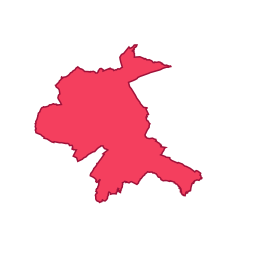 the district of Tataru, Prahova, Romania, rotated 204°
{"feature_id": "2599482B58674664864206", "entity_name": "Tataru", "entity_type": "district", "adm_level": 2, "iso_a3": "ROU", "parent_name": "Romania", "parent_adm1": "Prahova", "projection": "orthographic", "projection_center": [26.318, 45.099], "detail": "fine", "context": "isolated", "style": "filled", "palette": "rose", "viewbox_px": 256, "rotation_deg": 204, "n_neighbors": 0, "source": "geoboundaries", "source_scale": "gbopen_adm2", "svg_char_len": 5779}
<svg xmlns="http://www.w3.org/2000/svg" viewBox="0 0 256 256"><g transform="rotate(204 128 128)"><path d="M160.1,202.4L162.3,194.2L163.4,193.1L163.9,192.0L164.2,189.3L163.0,187.4L161.1,184.9L157.9,181.2L158.9,179.9L159.5,178.5L161.3,178.0L162.2,176.4L162.9,176.2L164.4,174.7L165.6,175.5L166.7,175.1L167.9,175.2L168.9,174.5L169.0,175.0L173.9,169.9L174.4,171.1L176.6,171.5L177.5,171.0L177.9,170.5L178.1,169.2L178.4,168.4L178.0,167.3L178.4,166.7L178.5,165.8L179.2,165.4L180.0,165.1L181.0,165.7L182.7,165.7L184.0,164.8L185.2,164.3L185.2,164.0L185.6,164.1L186.3,163.4L186.9,163.5L190.7,162.0L192.7,162.8L194.2,163.0L196.0,162.7L198.7,163.4L198.8,162.8L199.4,162.4L199.9,161.3L200.0,159.8L201.5,157.7L202.0,156.0L202.9,155.1L203.4,153.0L204.3,151.1L205.6,149.4L207.5,148.2L208.0,147.7L208.0,147.3L208.3,147.5L209.4,147.6L209.2,146.5L208.8,146.0L208.9,145.4L209.4,143.8L209.8,143.2L209.8,141.4L210.6,139.8L211.1,138.0L211.6,137.5L210.1,136.2L207.9,135.8L206.6,135.1L206.1,134.5L204.1,131.4L204.7,130.1L204.8,129.6L204.3,127.0L203.3,126.1L200.2,124.0L198.4,122.4L202.1,120.1L202.4,120.5L202.9,120.3L203.1,120.6L205.2,119.6L205.7,119.9L206.2,119.7L207.5,118.1L209.1,117.2L209.9,115.3L212.5,113.3L213.8,113.0L213.9,112.5L214.9,111.6L215.2,110.6L215.3,109.2L215.3,108.4L215.1,107.8L215.3,107.3L215.2,106.5L215.9,105.1L215.4,103.3L215.5,102.8L215.2,102.3L214.7,98.8L214.9,96.4L214.1,95.1L214.5,94.3L214.0,94.0L213.9,93.4L213.4,92.5L213.3,91.4L211.7,90.1L211.6,89.5L212.0,89.3L211.8,88.3L211.3,88.0L210.4,86.6L210.2,86.3L208.2,86.3L205.0,86.5L203.2,85.8L201.2,85.6L200.7,85.1L200.6,84.5L197.5,85.1L192.1,84.3L189.8,84.6L189.9,85.5L184.5,86.7L182.7,87.6L178.6,88.5L176.7,89.4L175.3,89.2L174.3,88.2L172.1,89.4L171.2,88.7L170.9,87.8L170.3,87.2L170.3,86.9L170.7,86.6L170.4,85.9L169.6,86.1L168.7,86.0L168.2,86.4L167.1,86.6L166.3,87.0L166.6,80.0L162.8,79.9L160.3,77.1L157.0,80.9L156.4,82.5L154.5,84.8L154.0,86.6L153.0,88.4L152.4,89.0L150.5,91.7L148.8,93.0L147.6,96.8L146.7,98.5L145.7,99.8L145.5,100.6L143.6,101.5L143.1,100.8L141.1,99.6L138.6,99.9L137.5,99.7L140.4,94.2L139.1,94.2L140.1,88.9L140.6,86.9L141.2,83.6L142.0,82.9L141.5,81.9L141.9,79.6L142.8,76.9L142.6,76.5L142.9,73.5L143.5,71.5L143.3,69.6L143.0,69.0L140.6,69.0L138.3,68.7L136.3,67.9L135.7,67.4L135.9,66.7L135.7,66.1L134.5,65.6L134.1,65.7L132.6,69.9L132.4,68.6L132.6,67.6L132.6,66.8L131.5,63.4L131.7,62.7L131.4,60.4L131.9,59.8L132.0,58.8L131.4,57.4L131.5,57.0L130.2,56.8L130.2,56.4L129.8,56.0L130.3,55.4L130.5,53.4L129.5,52.1L128.6,50.1L127.6,49.2L126.7,48.8L124.6,48.9L123.6,48.5L122.8,49.6L122.0,50.1L121.9,50.7L122.2,51.6L122.1,51.9L120.4,51.7L119.2,52.1L118.4,54.0L118.2,55.3L118.3,56.0L118.8,56.6L118.6,58.9L119.1,59.3L119.5,61.6L119.3,61.8L117.6,61.4L117.1,60.3L115.5,61.6L112.8,62.8L112.0,62.9L111.9,63.2L112.3,63.5L112.4,64.6L111.9,65.4L111.8,65.9L112.3,66.8L112.6,66.9L112.6,68.8L111.7,68.7L111.9,67.2L111.6,66.8L111.2,66.9L110.7,66.6L110.6,67.1L110.3,67.1L110.2,67.1L110.3,66.2L110.1,66.0L108.7,66.0L109.2,67.6L109.0,68.2L109.4,69.0L109.4,69.5L109.2,69.8L109.4,70.7L109.2,71.7L109.9,73.5L109.9,74.3L110.8,75.8L109.9,76.5L109.3,77.9L107.7,78.2L107.7,77.5L106.7,78.1L104.7,78.3L103.9,79.8L103.1,80.4L96.9,80.1L96.1,82.1L96.4,83.5L95.9,84.8L96.0,86.7L95.4,87.1L94.8,89.9L93.7,92.0L93.9,92.5L92.6,95.0L92.4,95.9L90.7,96.2L88.9,97.2L87.7,97.5L86.8,97.0L85.9,97.7L84.2,97.4L83.4,97.6L80.8,95.7L80.0,95.5L79.0,95.8L78.1,95.5L77.5,95.2L76.9,94.3L74.4,94.1L72.9,95.0L71.0,95.8L68.6,96.1L68.2,96.2L68.0,96.8L67.6,96.8L67.7,97.0L63.6,97.4L63.4,96.8L63.0,97.0L61.7,96.4L60.6,96.6L58.6,95.8L58.3,95.3L57.3,95.4L57.0,95.0L56.9,93.9L56.6,93.9L56.1,94.7L55.9,94.6L55.0,93.9L55.1,93.6L54.7,93.5L54.4,93.1L54.9,92.8L54.2,92.2L54.5,91.8L54.2,91.1L53.9,91.2L53.7,91.9L53.1,91.3L53.1,90.4L52.4,90.2L51.9,89.6L51.0,89.1L50.4,89.5L49.7,89.0L48.3,89.4L48.7,91.3L48.4,91.8L48.8,92.3L48.7,93.1L47.9,92.6L47.4,92.7L47.2,92.9L47.3,94.5L46.6,94.9L46.3,95.8L45.7,95.8L45.4,96.2L46.3,99.3L46.9,103.4L46.5,103.7L46.3,104.6L46.0,103.9L45.6,104.2L45.6,107.1L45.0,107.4L44.0,108.6L41.8,109.1L41.1,111.2L40.2,111.5L40.1,111.8L40.2,112.4L40.8,112.2L40.9,112.5L41.2,112.5L41.7,113.6L42.4,114.2L43.0,114.2L43.2,116.2L46.8,117.0L48.4,116.8L49.1,115.1L54.6,116.4L59.2,116.6L60.8,116.3L63.7,117.2L68.1,116.9L68.3,116.2L75.0,116.1L76.7,116.6L77.5,117.2L77.8,117.9L81.5,116.8L82.6,117.1L87.2,116.8L86.7,117.7L86.6,118.6L86.7,119.5L86.2,122.1L86.4,124.4L85.6,125.5L90.4,124.3L90.4,125.0L90.5,125.7L91.4,125.6L91.6,126.3L92.7,126.4L93.7,126.9L95.1,126.9L96.5,127.4L97.3,127.3L97.1,128.0L98.0,128.9L98.9,128.6L101.5,128.7L104.2,127.0L106.6,126.5L107.7,127.2L108.4,127.0L109.7,128.7L109.6,133.9L109.0,137.2L109.8,139.3L109.7,140.8L110.8,141.1L112.5,142.5L113.7,142.5L114.4,143.1L115.9,145.3L115.0,146.1L115.9,147.0L116.1,147.5L115.8,148.0L115.0,148.4L114.8,148.8L118.9,152.3L119.5,153.3L118.7,154.1L118.8,154.2L122.2,153.2L126.6,155.3L127.6,156.3L132.2,158.9L134.6,160.9L140.9,165.2L143.4,166.5L146.1,169.9L142.8,173.2L141.0,175.2L139.8,176.9L139.6,178.1L138.1,179.9L131.1,186.6L130.3,187.6L123.2,193.5L122.0,194.6L120.4,196.7L117.9,198.9L117.0,199.5L116.0,199.8L114.3,201.4L113.3,201.6L114.6,201.9L115.2,201.3L118.4,201.1L120.0,200.1L121.6,200.5L122.9,200.4L122.9,200.8L123.6,201.1L124.4,200.9L125.0,201.2L126.8,200.9L128.4,199.7L129.8,199.2L130.3,199.3L130.5,199.0L130.4,198.6L130.6,198.4L131.6,198.0L132.7,198.7L134.0,199.0L136.5,199.0L136.9,198.6L138.8,197.9L139.7,198.4L140.6,198.4L140.8,198.3L140.7,198.0L141.3,197.6L142.2,198.0L146.1,197.9L151.0,195.3L151.7,197.2L152.5,198.3L152.5,198.8L154.6,200.2L154.7,200.9L154.9,201.0L155.2,200.2L155.4,200.2L155.0,201.3L154.3,201.2L154.6,201.6L154.3,202.4L154.9,203.0L154.5,204.3L153.9,204.9L153.5,206.1L153.6,207.5L156.0,206.4L156.7,203.8L158.6,201.5L160.1,202.4Z" fill="#f43f5e" stroke="#9f1239" stroke-width="1.5"/></g></svg>